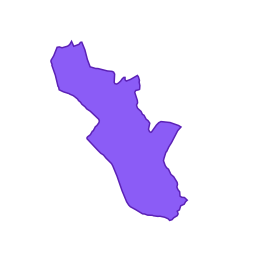 El Progreso, Jutiapa, Guatemala, rotated 338°
{"feature_id": "79465075B52166049172952", "entity_name": "El Progreso", "entity_type": "district", "adm_level": 2, "iso_a3": "GTM", "parent_name": "Guatemala", "parent_adm1": "Jutiapa", "projection": "natural_earth1", "projection_center": [-89.846, 14.381], "detail": "fine", "context": "isolated", "style": "filled", "palette": "violet", "viewbox_px": 256, "rotation_deg": 338, "n_neighbors": 0, "source": "geoboundaries", "source_scale": "gbopen_adm2", "svg_char_len": 1800}
<svg xmlns="http://www.w3.org/2000/svg" viewBox="0 0 256 256"><g transform="rotate(338 128 128)"><path d="M177.5,146.9L175.8,144.6L169.1,138.7L161.0,134.4L158.5,134.6L155.5,135.9L148.3,140.5L147.5,140.6L146.6,139.4L146.5,136.9L150.0,131.7L149.3,128.6L148.1,126.6L147.6,122.2L146.5,120.7L146.3,117.5L144.3,113.3L144.3,110.7L144.7,109.7L146.3,108.3L147.0,105.9L147.6,97.4L149.2,96.1L152.5,96.6L153.3,96.4L154.9,93.1L155.5,89.8L156.5,88.0L156.8,84.3L156.4,82.8L148.5,83.9L144.0,83.8L143.3,82.2L144.2,80.0L143.2,79.5L141.3,80.1L138.8,81.7L135.9,82.8L133.9,83.0L132.5,82.0L132.3,80.5L135.8,73.0L135.6,70.8L134.4,69.5L130.3,67.4L122.4,61.6L120.3,60.7L115.8,57.1L116.0,49.2L117.3,39.4L117.3,31.1L116.0,30.8L113.8,32.1L108.3,31.9L108.1,26.5L105.2,28.8L102.7,29.5L96.9,28.9L94.7,27.1L92.5,26.6L86.2,33.2L82.0,36.4L81.4,37.7L81.4,40.6L80.9,41.4L80.4,51.9L78.7,63.2L79.0,64.0L78.5,66.8L81.7,70.3L86.4,74.2L86.7,74.8L89.4,77.5L92.1,82.2L92.4,84.0L93.6,86.2L94.2,88.8L96.1,92.2L96.9,94.8L99.3,98.3L104.1,108.8L104.1,110.7L103.0,112.2L100.0,114.1L98.2,114.6L94.7,117.6L93.8,117.6L90.6,120.1L87.1,121.1L86.2,121.8L86.0,122.7L91.7,137.4L93.3,141.2L95.2,143.9L96.3,147.6L99.4,154.9L99.7,157.4L99.8,168.3L99.0,183.8L99.1,195.9L99.8,199.7L100.7,201.9L104.7,206.8L109.4,213.1L111.0,213.8L113.5,216.1L117.9,218.1L118.7,218.9L122.5,221.1L124.6,221.8L128.6,224.5L131.2,227.2L132.0,229.3L134.4,229.5L136.7,228.4L140.8,227.7L142.3,226.4L142.5,223.6L145.0,223.2L147.7,219.9L151.5,219.7L153.8,217.9L155.9,217.1L154.3,213.6L151.8,212.3L150.7,210.6L152.0,206.5L151.2,203.8L151.2,201.0L152.8,198.8L153.2,196.8L152.1,190.3L150.4,187.1L150.1,181.4L148.9,179.3L148.4,176.8L148.6,171.7L149.7,170.0L154.1,164.6L154.9,164.4L158.9,160.7L162.9,157.8L173.1,149.1L177.5,146.9Z" fill="#8b5cf6" stroke="#5b21b6" stroke-width="1.5"/></g></svg>